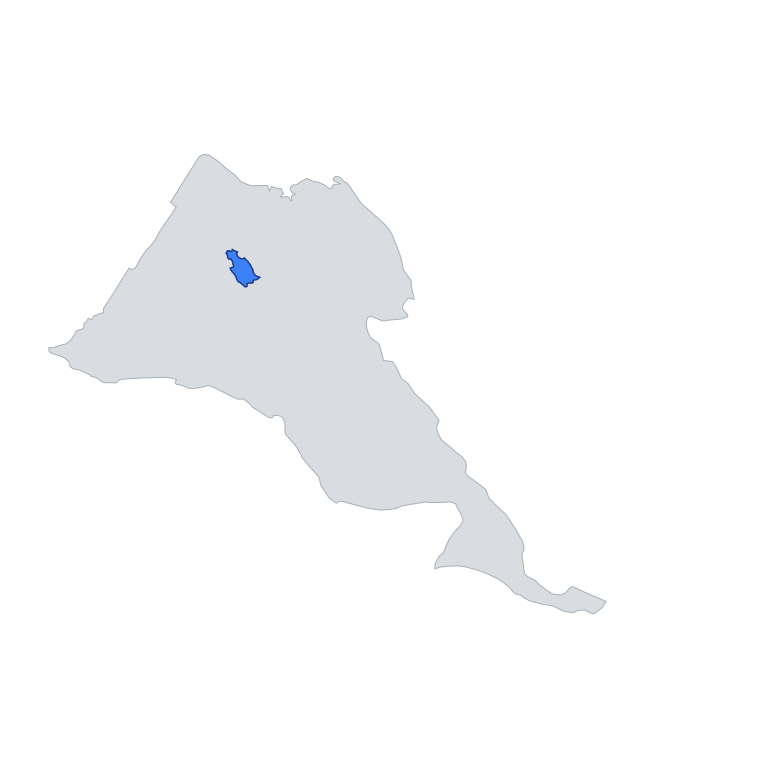 location of Mefou-et-Afamba, Centre, Cameroon, rotated 122°
{"feature_id": "32672807B57773393916452", "entity_name": "Mefou-et-Afamba", "entity_type": "district", "adm_level": 2, "iso_a3": "CMR", "parent_name": "Cameroon", "parent_adm1": "Centre", "projection": "equal_earth", "projection_center": [11.787, 3.937], "detail": "fine", "context": "in_parent", "style": "filled", "palette": "blue", "viewbox_px": 768, "rotation_deg": 122, "n_neighbors": 0, "source": "geoboundaries", "source_scale": "gbopen_adm2", "svg_char_len": 4931}
<svg xmlns="http://www.w3.org/2000/svg" viewBox="0 0 768 768"><g transform="rotate(122 384 384)"><path d="M233.1,522.9L234.2,518.8L242.8,499.3L248.2,468.1L250.7,460.8L253.2,456.0L265.6,439.4L270.3,434.1L277.0,428.1L281.8,415.9L283.4,414.6L285.5,413.6L296.2,403.3L297.1,405.3L297.8,407.7L298.6,408.9L302.1,409.7L306.8,409.6L309.6,408.9L311.0,406.8L312.5,401.1L313.4,400.0L314.5,399.7L319.7,403.7L328.3,415.0L330.4,417.0L331.4,419.2L333.2,429.5L334.3,432.0L336.1,433.1L339.5,432.4L342.9,430.6L346.0,427.9L349.0,424.6L351.0,421.5L351.9,419.2L352.4,410.8L353.0,409.0L364.2,396.9L363.9,395.7L362.1,392.3L360.5,388.6L362.1,384.7L363.8,381.7L370.3,371.7L370.7,364.3L375.8,352.9L378.8,337.7L378.9,334.8L385.6,318.1L392.7,316.6L395.4,314.3L398.5,310.1L400.6,306.3L401.5,302.6L402.2,295.6L403.5,287.5L404.2,280.4L406.3,273.9L409.9,270.6L416.0,267.9L417.0,266.6L417.8,262.3L418.7,247.9L419.7,241.5L425.4,234.3L427.9,223.1L430.1,211.3L436.6,197.1L444.1,183.0L447.6,179.2L450.6,177.4L454.0,177.2L456.3,176.2L464.5,169.1L467.9,166.7L470.4,164.3L471.0,162.2L471.2,159.1L470.4,151.8L471.8,146.4L472.6,138.1L472.9,131.7L472.6,129.4L471.0,125.7L468.6,121.6L464.5,119.2L458.9,118.6L455.9,117.1L454.9,109.7L454.4,105.0L450.6,80.4L457.7,80.5L466.2,83.4L468.4,85.6L469.5,94.1L472.6,98.8L478.0,102.8L481.4,110.9L482.8,123.2L485.8,130.5L486.5,131.7L490.8,145.6L491.1,152.0L490.7,156.3L492.5,161.7L489.9,170.9L489.1,176.5L488.9,184.4L490.5,198.3L493.1,209.0L495.8,217.7L498.8,224.5L503.7,231.9L508.9,238.7L513.8,243.0L509.3,245.5L500.6,245.9L495.6,244.4L493.2,244.4L490.8,245.2L481.5,246.5L472.1,245.9L463.4,244.2L458.1,244.5L454.1,248.7L450.8,254.9L447.7,259.8L448.8,265.3L451.1,268.3L455.6,275.0L459.7,281.4L461.7,285.8L469.8,295.2L477.6,303.7L481.3,306.7L482.7,307.3L486.9,312.2L492.8,320.1L498.2,332.6L505.8,357.7L507.5,359.8L510.1,361.1L510.4,363.8L510.2,367.7L509.4,370.9L503.4,384.0L498.1,389.0L496.6,392.1L494.7,399.7L489.8,414.6L487.8,416.7L483.0,426.8L479.2,439.6L478.2,441.5L476.6,443.1L471.1,446.2L469.2,447.8L466.4,451.8L466.0,454.4L467.3,458.0L468.9,460.9L471.8,460.9L473.4,463.6L473.4,483.4L472.1,486.4L472.1,487.7L471.5,491.1L471.3,494.9L471.7,496.4L472.9,497.6L474.4,500.3L475.2,506.3L477.2,527.7L478.0,531.1L479.6,533.4L484.5,538.1L489.6,544.1L491.3,548.0L492.2,554.5L494.2,559.6L494.1,561.3L493.3,562.0L490.1,562.4L491.2,566.1L493.9,572.5L507.0,592.3L519.6,609.9L522.5,611.2L524.7,611.6L525.7,612.7L526.9,615.2L531.0,621.6L531.8,625.4L530.9,628.9L531.9,634.4L532.6,636.4L532.3,638.2L532.8,644.9L534.0,650.8L535.9,655.8L535.6,659.3L533.2,661.3L531.8,664.5L531.3,669.1L532.1,674.6L534.0,681.2L534.0,685.0L531.0,687.6L527.6,683.1L523.9,680.1L518.3,674.8L512.7,672.9L505.4,672.6L502.3,673.2L496.9,668.9L495.2,668.3L492.8,670.1L491.2,670.2L489.1,669.5L485.0,669.6L484.6,666.5L483.9,665.9L479.4,666.2L478.1,663.7L477.5,664.0L475.7,663.2L472.1,659.6L468.4,662.0L460.5,661.7L421.1,661.6L420.1,658.3L418.2,656.5L414.6,656.4L404.2,657.0L396.1,656.5L390.7,655.2L384.1,654.4L375.8,655.0L367.3,655.0L352.2,654.1L343.8,654.2L344.0,656.3L343.5,657.7L343.0,661.3L289.5,661.3L285.1,658.8L283.8,657.3L283.4,654.3L282.4,654.0L283.2,641.4L285.0,630.9L285.7,621.2L288.2,612.5L286.9,603.9L285.4,600.2L277.3,588.0L281.0,583.4L276.1,584.0L275.1,579.5L272.7,574.1L274.2,573.2L275.6,570.2L280.0,571.1L279.8,569.7L276.0,565.1L276.4,562.8L278.0,560.3L277.2,559.2L274.5,561.8L272.5,561.8L271.0,560.0L269.8,559.7L270.5,563.2L269.0,566.3L267.5,567.4L265.0,567.2L263.0,566.5L262.4,564.7L260.5,563.4L255.2,561.1L250.6,558.4L249.7,551.0L248.0,547.8L247.2,544.2L246.8,540.0L247.4,533.7L246.3,532.7L245.0,532.3L243.0,532.6L241.2,532.3L239.1,528.8L237.2,527.4L238.4,533.9L237.0,535.7L233.8,535.2L232.4,532.7L232.1,530.9L233.7,523.1L233.1,522.9Z" fill="#d9dde1" stroke="#a8b0b8" stroke-width="1"/><path d="M359.3,545.8L359.3,546.0L360.1,549.5L360.1,549.9L360.0,551.2L358.5,554.0L357.3,555.2L356.5,555.7L355.7,557.4L354.7,559.2L353.5,561.0L353.1,562.5L352.2,564.2L351.9,566.3L351.4,567.9L351.0,569.2L352.2,569.6L353.3,570.9L353.5,572.7L353.7,574.5L353.0,576.2L352.3,577.2L351.6,578.2L350.3,578.2L349.6,578.3L350.0,579.6L350.2,580.9L350.3,583.9L351.8,583.5L352.4,583.9L352.7,584.2L353.1,584.6L353.1,586.1L353.6,586.8L354.1,587.3L354.6,587.1L354.9,586.8L355.2,586.9L355.7,587.4L356.1,587.5L356.4,587.1L357.0,586.9L357.4,585.5L358.2,584.5L359.2,583.9L360.2,582.5L360.4,581.7L359.0,580.0L359.7,579.1L360.1,577.9L360.9,576.8L361.1,576.6L362.3,575.6L362.7,575.1L363.7,573.8L365.0,574.0L366.2,575.0L367.3,575.8L368.2,574.6L369.3,572.2L369.7,570.4L369.8,570.2L371.0,567.5L371.4,566.6L371.7,566.1L373.2,564.5L374.6,561.7L374.1,559.5L374.4,558.7L374.6,556.7L374.7,556.3L375.1,554.2L375.2,553.3L374.3,552.1L373.4,552.0L372.7,552.5L371.9,553.2L371.8,553.3L370.8,552.9L370.1,552.3L370.0,552.2L368.8,550.2L368.1,549.1L367.4,548.8L366.7,549.1L365.4,549.8L364.7,549.4L363.8,548.2L363.5,547.9L362.2,546.8L360.5,546.3L359.3,545.8Z" fill="#3b82f6" stroke="#1e3a8a" stroke-width="1.5"/></g></svg>